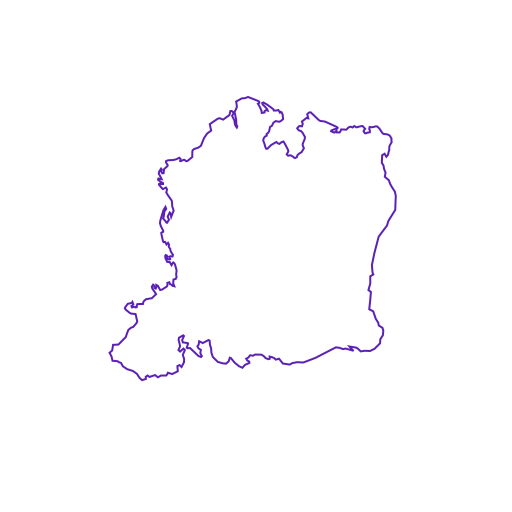 Paata, Federated States of Micronesia, rotated 148°
{"feature_id": "79324940B20321408060420", "entity_name": "Paata", "entity_type": "district", "adm_level": 2, "iso_a3": "FSM", "parent_name": "Federated States of Micronesia", "parent_adm1": "", "projection": "robinson", "projection_center": [151.585, 7.375], "detail": "fine", "context": "isolated", "style": "outline", "palette": "violet", "viewbox_px": 512, "rotation_deg": 148, "n_neighbors": 0, "source": "geoboundaries", "source_scale": "gbopen_adm2", "svg_char_len": 6127}
<svg xmlns="http://www.w3.org/2000/svg" viewBox="0 0 512 512"><g transform="rotate(148 256 256)"><path d="M414.6,210.1L413.5,212.0L411.2,212.1L410.5,209.9L404.7,208.5L403.4,205.1L400.0,205.0L395.4,202.2L393.7,202.9L392.6,203.7L389.6,200.3L383.4,199.7L381.0,204.3L378.6,204.0L378.0,201.3L373.3,204.1L371.5,206.8L370.5,210.9L366.2,213.9L366.6,215.9L371.0,215.2L371.6,217.3L368.2,219.7L367.3,222.1L366.1,225.9L364.6,227.5L359.8,227.3L359.5,226.3L363.2,223.8L363.8,221.5L360.0,218.3L360.1,217.6L363.4,214.9L362.9,214.0L360.7,212.9L357.8,201.7L356.2,199.5L355.0,199.8L354.9,201.4L354.6,203.3L352.5,205.6L353.7,208.2L353.5,210.5L351.6,211.2L349.4,213.8L347.3,210.4L340.8,209.9L340.2,208.8L342.2,204.9L342.9,201.7L345.1,197.5L346.1,193.2L344.5,186.4L341.2,182.7L338.5,180.6L335.1,181.1L332.1,183.6L331.4,182.7L330.6,176.8L328.8,171.5L326.7,168.4L323.1,169.5L318.3,168.8L317.7,170.1L318.8,172.1L318.7,174.1L316.4,173.9L313.6,174.9L311.3,173.0L309.0,172.9L303.6,169.4L302.4,166.7L302.0,164.4L300.2,161.9L298.8,161.6L297.7,163.5L295.7,161.3L294.7,159.7L294.1,157.6L290.9,156.7L290.2,150.6L285.0,146.1L281.8,145.9L277.3,144.1L272.3,140.6L259.5,138.1L236.5,136.2L235.8,135.4L234.2,134.3L231.5,130.9L229.0,130.0L223.5,123.9L224.2,126.5L224.7,129.7L219.7,125.3L218.8,123.6L217.7,119.6L214.0,118.0L209.6,115.0L204.6,114.5L197.1,116.2L194.6,119.6L190.5,121.5L187.9,124.8L187.5,125.5L186.8,128.0L188.7,132.0L187.7,134.7L187.7,139.3L185.9,147.0L188.2,150.8L182.8,157.7L177.6,164.6L178.7,167.5L173.7,172.1L169.9,178.2L166.3,178.2L165.9,180.3L162.5,186.9L154.0,195.8L141.7,207.4L128.8,212.4L125.1,215.6L113.5,221.3L109.7,226.9L105.6,232.9L104.1,237.0L104.2,239.7L104.2,242.8L104.0,246.2L103.2,250.0L104.8,254.9L102.0,258.0L101.2,262.1L99.9,265.3L99.9,268.4L95.6,274.6L92.8,274.6L92.9,271.1L90.6,271.8L86.7,275.5L84.9,278.2L83.6,279.1L80.6,280.7L79.7,282.7L78.9,283.6L78.8,285.5L78.8,287.3L80.0,289.3L81.1,290.4L82.6,291.4L83.5,292.5L83.7,294.3L83.8,298.6L84.6,301.7L85.9,302.6L87.2,302.9L89.6,303.8L91.3,305.2L92.7,303.7L92.8,302.3L93.9,300.6L96.5,301.7L97.5,301.7L98.5,302.3L98.7,303.4L98.7,304.7L97.8,305.4L96.0,306.0L96.4,307.8L96.7,309.7L97.6,310.2L99.8,311.0L102.7,311.9L103.9,314.2L106.0,313.8L107.2,315.5L109.2,316.0L112.6,315.3L114.3,316.6L116.7,318.2L117.9,317.2L119.7,316.5L122.1,318.1L121.4,319.5L124.3,319.2L126.2,322.0L125.5,322.5L122.6,322.0L119.3,321.1L118.8,321.5L119.0,322.3L119.7,323.6L123.7,329.6L126.3,333.5L129.8,336.4L130.6,337.6L133.5,348.9L135.3,349.6L137.5,349.0L138.7,345.0L140.0,346.3L145.8,345.7L146.3,343.3L148.3,341.6L149.4,342.5L150.5,343.3L153.4,342.5L153.2,340.0L151.6,338.1L151.2,335.8L151.4,331.0L152.9,329.2L155.0,327.8L157.1,326.2L157.8,324.9L158.3,322.0L162.4,319.9L165.3,320.0L167.5,319.5L169.0,318.2L170.6,318.3L171.5,318.9L171.8,320.2L173.1,322.8L174.2,323.5L175.6,324.0L176.1,325.9L173.2,327.5L172.6,329.0L172.1,335.2L172.0,338.5L174.0,339.0L176.8,338.7L177.4,339.4L177.9,340.3L178.3,341.9L184.4,342.1L189.5,340.9L190.0,341.2L190.6,341.7L190.1,344.4L189.3,346.9L188.7,350.1L187.2,351.7L185.2,352.5L183.1,352.4L182.4,353.8L180.0,354.1L178.7,354.9L175.7,358.0L173.5,358.0L170.6,359.8L167.9,360.0L165.1,357.5L163.3,357.3L160.5,357.7L158.4,362.0L158.2,364.4L158.6,365.2L159.7,364.9L159.7,368.0L161.5,368.5L163.8,369.9L163.5,371.2L164.8,374.7L166.4,378.6L168.4,382.3L169.7,382.4L170.0,381.6L170.0,380.7L169.2,377.6L168.7,374.6L169.0,373.1L170.1,374.3L170.8,374.4L172.0,374.3L172.7,373.2L174.1,373.7L175.3,374.3L174.3,376.5L173.7,381.3L173.7,384.1L172.0,384.1L171.5,385.3L172.7,387.3L178.5,395.1L181.7,395.7L184.5,397.2L191.0,397.5L192.4,394.1L193.4,392.4L195.8,390.7L197.9,389.6L198.7,387.0L199.7,384.6L200.5,382.2L203.0,378.0L203.2,375.8L204.2,375.1L204.3,376.5L204.3,377.7L203.5,380.2L202.5,382.3L202.0,387.5L199.4,388.9L199.2,390.1L199.7,391.8L201.0,392.5L203.8,389.6L211.6,389.1L214.0,392.3L216.0,392.7L225.3,392.3L227.6,386.1L232.3,385.8L234.1,385.1L237.6,383.5L244.4,378.6L247.8,378.5L250.3,379.2L252.3,379.5L253.8,379.2L254.7,378.2L257.6,373.7L264.0,372.9L265.0,373.5L265.7,375.4L266.2,375.9L269.6,376.3L270.0,376.8L268.5,378.4L269.0,380.0L272.5,380.3L275.4,381.3L279.9,383.8L282.0,384.1L282.8,382.7L282.7,379.9L283.4,379.2L287.9,378.4L290.5,375.2L291.7,375.8L291.7,377.1L291.6,378.1L290.1,379.1L290.2,380.4L293.4,378.9L294.8,377.4L295.0,374.2L295.3,371.1L297.8,373.4L298.7,372.5L297.5,369.4L296.2,367.1L296.7,366.3L298.3,367.2L299.3,368.4L300.0,368.5L300.5,367.9L299.8,362.8L299.5,362.1L296.0,361.7L296.2,359.6L298.4,357.4L298.5,354.2L298.1,347.5L300.8,342.3L301.7,338.2L307.2,334.1L305.9,337.7L306.1,338.6L310.0,336.3L310.6,332.9L313.8,331.3L314.3,331.8L314.3,333.7L314.9,337.0L313.1,338.6L310.1,342.3L307.2,343.5L306.8,345.6L310.2,343.9L315.4,339.4L318.5,336.6L320.1,334.6L320.9,331.6L321.3,326.5L321.9,325.7L322.9,325.9L324.0,325.9L324.7,324.5L327.0,318.0L327.0,316.7L325.6,316.2L325.8,313.2L323.6,313.8L323.7,311.9L324.2,311.1L324.9,310.5L325.1,309.7L325.0,307.3L325.7,305.9L325.9,303.5L325.8,301.0L327.0,299.8L328.8,301.2L329.9,301.4L330.2,300.0L330.4,298.8L331.1,298.8L332.0,299.6L332.9,300.9L331.4,302.7L331.4,303.8L332.1,304.6L333.0,304.2L334.0,302.1L334.4,298.0L332.4,296.6L332.5,293.0L330.5,294.1L329.6,294.4L329.1,292.9L329.3,291.3L331.0,285.8L333.7,282.4L334.4,280.4L336.2,279.1L338.4,279.8L340.7,276.8L341.3,273.6L342.5,274.8L343.1,276.8L343.8,277.7L343.4,279.7L345.4,280.2L346.3,278.4L347.7,277.4L353.5,277.3L355.3,277.9L355.0,282.7L355.9,284.3L357.0,282.4L358.3,281.5L359.0,282.7L358.1,285.0L358.4,286.2L360.6,285.2L361.2,283.3L360.9,276.6L366.7,275.4L372.1,277.6L374.4,277.3L375.9,276.7L377.3,275.2L378.4,275.9L382.1,278.1L383.2,277.3L384.3,275.8L385.4,276.2L385.7,277.0L386.8,277.7L388.4,278.1L388.2,279.5L385.7,279.9L385.1,282.6L386.4,282.1L390.1,283.4L393.7,282.0L395.0,281.1L394.8,279.3L393.3,274.8L392.6,273.5L388.9,270.6L391.4,263.4L392.9,262.4L397.7,260.9L399.9,261.4L403.3,261.0L404.7,260.0L406.2,258.9L409.3,256.3L419.6,253.8L424.3,256.4L428.0,252.1L431.5,251.5L431.7,247.6L433.2,243.2L429.1,240.1L428.6,238.7L427.1,236.7L427.4,233.2L425.3,228.4L421.3,223.7L419.4,219.1L419.4,216.6L419.3,214.1L418.4,211.1L414.6,210.1Z" fill="none" stroke="#5b21b6" stroke-width="2"/></g></svg>